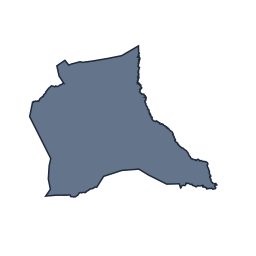 outline of Dashinchilen, Bulgan, Mongolia, rotated 101°
{"feature_id": "93677404B19716621729133", "entity_name": "Dashinchilen", "entity_type": "district", "adm_level": 2, "iso_a3": "MNG", "parent_name": "Mongolia", "parent_adm1": "Bulgan", "projection": "albers", "projection_center": [104.04, 47.859], "detail": "fine", "context": "isolated", "style": "filled", "palette": "slate", "viewbox_px": 256, "rotation_deg": 101, "n_neighbors": 0, "source": "geoboundaries", "source_scale": "gbopen_adm2", "svg_char_len": 5683}
<svg xmlns="http://www.w3.org/2000/svg" viewBox="0 0 256 256"><g transform="rotate(101 128 128)"><path d="M176.8,64.9L176.4,64.5L175.2,64.4L174.4,64.0L173.7,62.8L173.7,61.5L173.6,61.1L173.4,60.9L172.2,60.5L171.5,60.1L171.3,60.5L171.0,60.3L170.9,59.8L171.2,59.5L171.2,59.3L170.9,58.8L170.8,58.0L171.4,56.2L171.4,55.6L171.0,54.6L171.4,54.1L172.0,53.8L172.0,52.6L172.4,51.5L172.7,50.0L172.6,49.5L171.9,49.1L171.2,48.3L171.2,47.6L171.4,47.3L171.2,46.8L170.7,45.0L170.0,44.0L169.9,43.6L170.0,43.3L170.5,43.1L171.1,43.6L171.5,43.5L171.6,42.1L171.1,41.4L171.2,41.2L171.6,40.7L171.9,39.5L172.5,39.4L172.8,39.1L172.9,38.9L172.2,38.3L172.3,37.8L171.8,36.8L171.8,35.8L171.1,34.7L171.2,34.2L171.9,33.1L170.8,30.6L169.9,30.5L169.5,30.6L168.8,31.9L167.7,31.9L167.1,30.7L167.1,29.3L166.9,30.1L166.6,30.4L166.9,30.9L165.9,31.0L165.7,31.2L165.8,31.4L166.1,31.6L166.1,33.6L166.2,33.8L166.0,34.3L165.4,34.8L164.9,35.8L163.9,36.5L162.8,36.6L161.1,38.2L160.6,38.4L160.3,38.4L160.3,38.1L159.9,37.5L159.2,37.7L158.7,37.9L158.6,38.3L157.7,39.2L156.7,39.4L156.4,39.7L154.9,39.8L154.1,40.6L152.8,41.1L151.2,42.3L149.6,43.3L148.5,42.7L147.5,43.0L146.9,43.5L146.7,44.2L146.3,44.8L146.2,45.4L146.4,45.8L146.2,47.1L146.6,47.8L146.5,48.7L145.9,49.7L146.6,51.5L146.3,51.8L145.8,52.1L145.6,52.7L145.3,53.1L145.4,53.6L146.1,54.4L146.8,54.6L146.7,54.8L146.8,55.5L146.4,55.7L146.3,56.0L146.4,58.3L146.3,58.5L146.0,58.9L146.2,59.8L145.6,60.3L145.6,60.6L145.3,60.8L145.2,61.0L144.4,61.3L144.0,61.9L143.9,62.4L142.8,63.2L142.2,63.4L141.2,64.4L140.6,64.6L140.1,65.6L139.4,66.1L138.9,67.0L138.3,68.6L137.5,69.8L137.2,70.4L137.3,71.4L136.9,71.8L136.8,72.4L136.3,73.1L136.2,73.5L135.8,73.8L135.7,74.5L135.2,75.1L134.8,75.1L134.7,75.5L134.3,75.7L134.3,76.2L133.5,76.4L133.3,76.9L132.9,77.1L132.8,77.8L132.6,78.1L132.5,78.6L131.8,79.2L131.6,79.6L130.7,79.1L130.1,79.4L130.0,79.5L130.0,79.8L129.7,79.9L129.5,80.3L128.7,80.6L128.2,81.1L127.9,81.1L127.4,81.3L127.4,81.6L126.9,81.9L126.1,82.7L125.7,82.4L125.4,82.4L123.6,83.8L123.1,84.6L122.6,85.7L122.6,86.1L122.2,86.4L122.0,86.9L121.2,87.6L120.8,88.5L120.9,89.0L120.5,89.0L120.5,89.5L120.1,89.4L120.0,89.7L120.0,89.9L119.4,90.6L119.5,91.3L118.9,92.0L118.9,92.3L118.7,92.4L118.6,93.6L117.7,94.2L117.8,94.8L117.6,94.9L117.4,95.8L118.1,96.3L117.8,97.3L117.6,97.4L117.7,97.8L116.8,97.8L116.8,98.8L116.3,99.3L116.4,100.0L116.0,100.3L116.0,100.7L115.6,101.3L116.4,102.2L116.1,102.5L116.1,103.0L116.3,103.2L116.2,103.5L116.3,104.1L115.9,104.9L115.1,105.5L114.5,106.4L113.2,106.1L112.6,106.7L112.5,107.1L112.7,107.4L111.9,107.6L111.4,108.1L111.3,108.6L110.6,108.5L110.7,109.0L109.7,109.1L109.8,109.3L109.6,109.4L109.7,109.7L109.6,109.9L109.2,109.8L108.9,110.1L106.5,110.8L106.3,111.0L105.9,111.3L106.1,112.0L104.8,112.5L103.6,113.2L102.8,114.1L102.6,114.2L102.4,114.6L101.1,115.1L100.5,115.2L100.1,115.7L99.6,116.0L99.0,116.6L98.4,116.6L98.2,116.4L97.9,116.3L97.7,115.9L97.4,115.9L96.4,115.9L96.5,116.2L96.4,116.3L96.0,115.9L95.5,116.0L94.9,115.9L94.6,116.3L94.3,116.2L94.2,116.4L94.4,117.1L94.1,116.8L93.8,116.7L92.9,117.5L92.9,118.1L92.6,118.1L92.3,118.6L91.8,118.9L91.8,119.8L92.1,120.5L91.8,120.9L91.9,121.4L91.3,121.9L91.1,122.7L90.3,123.1L90.1,123.7L89.9,123.7L89.5,123.3L89.2,123.2L88.0,123.5L87.7,123.8L87.6,123.7L87.6,123.1L87.1,123.0L86.8,122.5L86.5,122.6L86.1,122.2L85.9,122.2L85.8,122.9L85.7,123.0L85.0,123.1L84.4,123.3L84.1,123.8L83.6,123.5L83.4,123.6L82.8,124.5L83.2,124.9L83.2,125.2L82.9,124.9L82.7,125.0L82.8,125.6L82.5,125.8L82.9,126.0L82.0,125.9L81.7,126.0L82.1,126.8L81.9,126.7L81.6,126.9L81.6,127.1L81.8,127.3L81.5,127.7L80.4,127.4L80.0,127.7L79.4,127.6L79.4,127.2L78.8,127.3L78.1,127.2L77.7,127.5L77.2,126.9L76.9,126.8L76.7,126.9L76.6,127.4L76.1,127.1L75.9,127.2L76.0,127.7L75.9,127.8L75.4,127.6L75.4,127.8L75.6,128.1L74.9,128.0L75.2,127.4L74.9,127.3L74.4,127.7L73.6,127.5L72.8,128.0L72.8,127.8L72.5,127.8L72.1,128.5L71.8,128.4L71.6,128.6L71.4,128.4L70.9,128.8L70.5,128.4L69.7,128.8L69.2,128.5L68.0,128.6L67.8,128.4L67.4,128.5L66.9,128.3L66.9,128.7L66.6,128.9L66.4,128.7L66.1,128.8L65.7,129.4L65.5,130.0L65.0,129.7L63.9,129.7L63.3,130.2L62.6,130.3L62.4,130.2L62.4,129.8L62.3,129.6L60.8,129.9L59.9,129.6L59.6,129.8L59.8,130.3L59.4,130.2L58.9,130.5L58.8,130.2L58.3,130.1L58.5,129.8L57.9,129.4L57.7,129.7L57.1,129.8L56.5,130.2L56.4,130.4L56.5,131.1L56.2,130.8L56.0,131.1L55.9,131.1L55.8,130.7L55.0,130.8L54.9,131.2L55.1,131.5L54.9,131.4L54.7,131.6L53.7,131.7L52.9,131.1L52.2,131.8L51.8,131.7L51.7,132.0L45.4,133.4L58.2,148.0L63.5,160.9L68.9,175.2L72.2,185.0L72.1,187.8L73.8,191.1L75.9,195.6L77.6,198.1L73.6,202.8L80.6,209.7L90.1,205.6L96.5,199.4L96.5,200.0L96.9,200.8L97.8,201.2L99.0,203.3L100.0,204.0L100.5,204.6L100.9,206.4L100.9,206.6L100.6,206.7L100.5,206.9L101.5,207.8L101.1,211.0L102.0,211.9L103.1,212.4L103.8,213.3L104.9,213.7L105.4,214.3L106.5,214.6L108.3,215.6L108.9,215.4L109.6,215.6L111.3,217.0L112.1,217.1L112.5,216.9L112.9,217.0L113.3,217.3L113.3,217.9L114.3,218.3L114.4,218.7L116.0,220.0L116.7,220.1L117.0,220.4L117.8,220.3L118.7,220.9L119.1,221.4L119.1,221.6L118.7,221.8L118.7,222.0L119.1,222.4L119.2,223.2L119.5,223.7L119.3,224.1L119.7,224.4L120.0,225.8L120.8,225.9L120.9,226.6L135.6,226.7L172.7,198.0L180.0,198.2L193.2,196.5L203.0,192.5L210.6,195.8L209.6,192.8L209.4,191.8L207.5,185.2L207.4,183.9L206.8,181.8L206.5,179.7L205.4,174.3L204.8,173.1L204.9,172.0L206.0,171.4L206.3,171.0L206.0,169.5L206.1,168.2L205.6,166.6L203.5,164.5L200.9,163.3L200.4,162.7L200.6,161.4L200.2,160.9L199.7,159.3L199.5,157.5L198.9,157.3L198.8,156.8L197.7,156.2L196.7,154.8L195.5,154.0L194.8,152.8L194.2,151.1L192.2,149.0L192.1,147.4L180.1,142.7L170.8,125.9L166.3,109.5L170.2,99.0L175.7,79.3L173.0,67.1L176.8,64.9Z" fill="#64748b" stroke="#1e293b" stroke-width="1.5"/></g></svg>